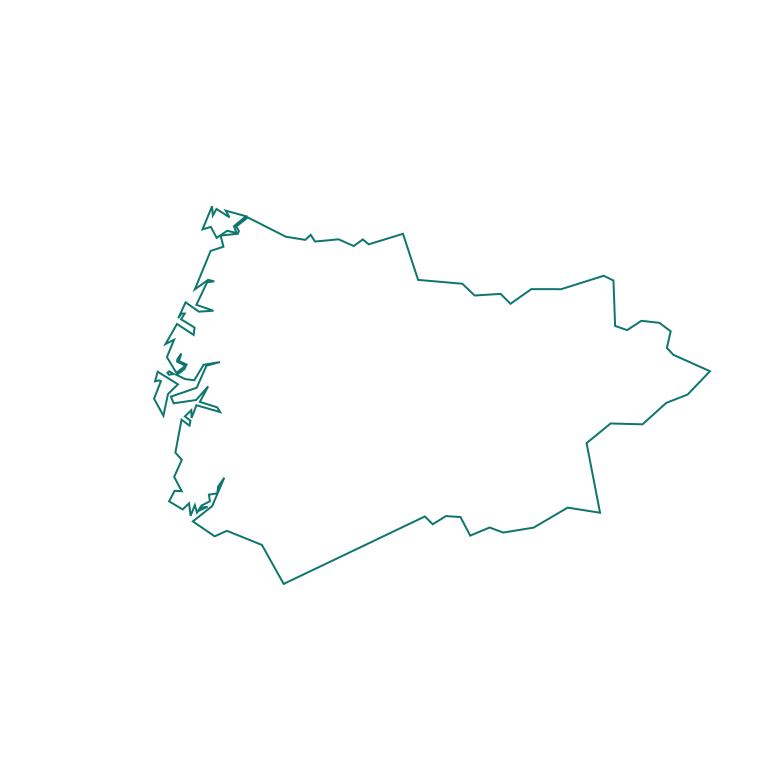 Machanga, Sofala, Mozambique (Equal Earth projection), rotated 222°
{"feature_id": "85939544B66501899539367", "entity_name": "Machanga", "entity_type": "district", "adm_level": 2, "iso_a3": "MOZ", "parent_name": "Mozambique", "parent_adm1": "Sofala", "projection": "equal_earth", "projection_center": [34.711, -20.915], "detail": "medium", "context": "isolated", "style": "outline", "palette": "teal", "viewbox_px": 768, "rotation_deg": 222, "n_neighbors": 0, "source": "geoboundaries", "source_scale": "gbopen_adm2", "svg_char_len": 1970}
<svg xmlns="http://www.w3.org/2000/svg" viewBox="0 0 768 768"><g transform="rotate(222 384 384)"><path d="M324.8,168.3L265.0,312.9L253.9,312.4L249.6,327.3L238.1,336.3L218.5,329.0L209.5,348.0L196.0,353.4L176.7,377.4L164.8,415.0L137.3,432.9L193.9,475.6L189.2,506.3L164.9,527.0L161.6,558.8L151.3,579.4L150.3,611.6L188.5,599.3L197.9,600.1L206.2,615.0L220.3,613.7L235.0,603.2L239.4,586.7L251.1,581.8L282.7,614.4L293.1,611.5L315.8,573.0L338.0,553.1L343.7,528.2L357.6,529.0L375.9,510.4L392.9,510.9L428.3,484.2L470.4,508.3L488.8,477.6L496.5,477.2L498.8,466.3L514.6,461.1L530.6,443.7L538.3,445.8L538.9,438.5L555.4,427.8L596.7,416.6L599.2,402.2L594.1,400.5L593.2,397.8L604.7,385.0L595.2,378.6L601.9,366.9L587.9,327.8L584.4,343.7L578.9,346.7L583.5,341.2L576.4,317.3L559.8,324.3L570.0,313.9L586.1,311.9L580.9,295.2L581.7,300.8L579.2,303.0L578.1,296.3L562.6,299.2L558.3,293.1L578.0,290.1L573.1,267.5L569.6,276.4L563.3,258.7L545.8,253.4L543.7,264.7L552.8,262.2L554.1,264.1L555.0,271.1L551.8,263.8L543.7,266.4L542.3,261.4L544.1,252.0L535.1,254.6L527.5,259.8L530.9,277.6L520.6,290.5L528.2,278.8L520.7,255.9L533.9,232.0L527.4,228.9L512.9,246.4L513.1,264.6L508.9,247.5L492.4,255.0L487.0,253.5L509.2,242.7L504.3,230.0L509.7,235.6L510.3,226.7L503.3,227.3L500.7,222.9L510.6,222.0L493.1,193.4L483.5,192.4L477.8,174.6L462.6,169.0L468.1,164.5L465.2,153.0L449.7,156.1L449.0,164.9L439.5,156.6L443.5,167.4L436.9,163.3L438.3,171.5L434.9,180.4L440.1,184.6L434.7,191.2L438.6,196.7L440.0,207.5L430.0,178.3L434.1,154.0L407.9,157.5L402.5,169.8L367.0,182.7L324.8,168.3ZM622.3,377.5L617.8,384.9L606.1,380.6L603.0,393.0L594.5,397.6L601.1,400.8L598.8,416.3L617.7,406.9L610.3,404.5L625.6,402.0L624.0,394.8L630.7,401.0L622.3,377.5ZM545.0,219.2L526.7,212.8L537.8,232.0L536.9,245.9L560.4,241.7L555.9,232.8L553.7,236.0L551.7,236.8L545.0,219.2ZM432.9,174.7L436.9,170.2L436.0,167.7L432.9,174.7ZM547.0,250.7L552.1,249.7L552.5,247.4L550.0,247.0L547.0,250.7Z" fill="none" stroke="#0f766e" stroke-width="2"/></g></svg>